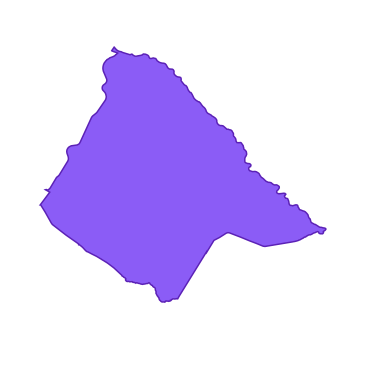 outline of Capital, Tucumán, Argentina, rotated 290°
{"feature_id": "61730980B8317426780894", "entity_name": "Capital", "entity_type": "district", "adm_level": 2, "iso_a3": "ARG", "parent_name": "Argentina", "parent_adm1": "Tucumán", "projection": "orthographic", "projection_center": [-65.196, -26.847], "detail": "fine", "context": "isolated", "style": "filled", "palette": "violet", "viewbox_px": 384, "rotation_deg": 290, "n_neighbors": 0, "source": "geoboundaries", "source_scale": "gbopen_adm2", "svg_char_len": 5937}
<svg xmlns="http://www.w3.org/2000/svg" viewBox="0 0 384 384"><g transform="rotate(290 192 192)"><path d="M301.5,69.3L297.3,68.2L297.2,68.3L297.1,70.0L297.2,73.5L297.1,74.6L296.5,74.2L295.6,74.0L295.0,73.4L293.6,72.8L292.1,71.4L289.9,68.8L288.8,68.2L287.3,66.8L286.7,66.7L285.8,66.2L283.1,65.4L281.1,65.3L279.0,65.6L277.2,66.2L275.3,67.3L268.9,73.2L267.8,73.8L266.4,74.0L265.5,73.9L264.3,73.5L262.1,72.1L260.7,71.7L259.4,71.9L258.2,72.4L257.6,72.9L257.2,73.4L255.9,75.9L255.3,76.7L254.3,77.6L252.4,78.8L250.7,79.2L248.9,79.2L234.2,75.4L233.0,74.8L229.4,72.6L227.9,72.1L200.8,69.9L199.0,69.6L198.3,69.2L197.0,68.1L196.6,67.4L194.2,62.9L193.7,62.3L192.2,61.0L190.9,60.4L189.2,60.1L188.3,60.2L187.3,60.4L185.6,61.3L183.2,63.3L182.1,64.0L181.2,64.4L180.2,64.7L178.6,64.7L162.4,61.4L161.1,60.8L160.4,60.3L159.3,59.7L147.4,57.4L146.3,57.0L145.0,56.2L144.6,55.7L144.4,55.2L144.5,54.2L144.0,53.5L143.2,58.4L128.0,53.8L128.1,54.1L127.6,54.9L122.8,61.0L114.8,70.3L114.0,71.4L113.6,72.2L110.1,83.1L108.4,88.4L104.4,103.3L103.9,103.3L103.6,103.5L103.7,104.0L103.9,104.3L103.1,106.8L102.3,108.7L100.5,112.1L100.0,113.8L100.1,114.7L99.5,118.9L98.9,124.3L96.4,136.6L94.0,144.5L89.8,154.4L89.2,154.9L88.9,156.5L88.5,157.2L88.5,158.0L88.2,158.8L87.9,159.4L87.6,159.6L87.4,159.6L86.9,159.5L86.6,159.6L85.8,160.7L85.7,161.7L86.2,162.7L86.4,163.5L86.3,163.8L86.3,164.2L86.9,165.5L87.1,166.1L87.3,166.4L87.2,167.0L86.9,167.3L86.9,167.5L87.3,168.6L87.2,169.2L87.3,169.8L87.1,170.4L87.6,170.7L87.8,171.1L87.9,171.9L87.8,172.7L88.1,174.1L88.0,175.1L88.3,177.1L88.5,177.5L88.9,177.9L89.4,179.1L90.2,180.2L90.9,181.7L92.0,182.5L92.0,183.3L91.2,184.2L90.6,185.8L90.6,186.8L90.0,187.3L89.7,187.9L89.5,188.5L89.5,189.5L88.7,190.6L87.5,191.0L86.0,192.4L85.5,192.6L84.9,192.6L84.5,192.8L84.0,193.4L83.4,193.9L83.1,194.4L82.6,194.8L82.6,195.2L82.1,195.6L81.2,197.1L80.3,197.6L79.4,198.5L79.0,199.6L78.6,200.2L78.4,201.4L79.1,203.2L79.1,203.8L79.4,204.3L80.1,204.3L80.8,205.0L80.8,205.6L81.4,207.2L81.3,207.5L82.2,208.8L82.4,209.0L82.8,208.8L83.1,209.4L83.4,209.6L83.8,209.5L84.2,209.9L85.1,210.7L85.6,212.6L86.0,213.1L86.2,213.7L86.5,213.9L86.7,215.1L89.3,215.5L140.7,226.1L140.2,226.4L154.1,229.2L158.8,233.5L165.2,238.4L166.1,239.7L166.4,241.2L166.2,253.2L165.8,262.8L165.7,270.1L165.4,277.4L165.8,279.2L179.5,303.5L180.2,304.6L180.6,305.4L181.7,307.0L182.7,308.4L183.3,308.8L183.4,309.1L184.3,310.1L185.1,310.7L186.9,312.4L188.0,313.0L188.5,314.0L188.8,314.3L189.6,314.6L190.2,315.3L191.1,315.9L191.9,316.9L192.1,317.6L192.3,317.9L193.3,319.0L194.9,320.2L195.9,321.6L196.6,322.2L197.7,323.4L197.7,324.5L197.4,324.8L196.9,325.2L196.6,325.8L196.6,326.2L196.7,327.1L197.4,329.0L197.7,329.2L198.7,329.5L199.4,329.0L199.9,329.0L201.4,330.1L202.5,330.5L203.0,330.5L203.4,330.0L203.5,329.1L203.1,327.1L203.1,325.8L202.7,324.6L202.6,323.9L203.7,319.0L203.5,318.2L203.7,317.3L204.1,314.6L204.9,313.7L206.6,312.6L207.2,312.0L207.1,311.8L207.3,311.5L207.8,310.7L208.5,310.0L210.3,308.7L211.2,307.2L212.1,305.3L212.3,304.1L212.3,303.5L212.2,302.8L212.3,300.5L212.3,300.0L212.2,299.7L212.3,299.1L212.5,298.7L213.3,298.1L213.9,297.1L215.5,295.9L215.7,295.6L215.7,294.7L215.2,293.5L213.5,291.3L213.4,290.0L213.1,289.3L213.1,288.7L213.3,288.3L213.8,287.8L213.9,287.4L216.6,285.9L218.4,284.2L218.5,283.2L218.2,282.3L218.7,281.3L219.2,280.6L220.0,280.3L221.0,280.7L221.5,280.8L221.4,280.6L221.7,280.7L222.1,280.6L222.5,279.8L222.2,278.6L220.7,275.7L220.6,275.2L220.3,274.9L220.0,274.0L220.0,273.1L220.2,272.2L220.4,271.9L220.8,271.6L221.8,271.4L222.6,271.6L223.6,272.2L225.7,272.6L226.5,272.3L227.0,272.0L227.1,271.8L227.4,270.8L227.7,269.2L226.8,267.0L227.0,265.3L227.8,263.1L227.6,261.6L227.2,260.4L227.4,257.9L227.8,257.1L228.1,256.2L228.9,254.6L229.1,253.8L229.4,253.0L229.4,252.5L229.8,251.7L230.5,250.8L230.8,250.1L231.5,249.6L232.3,248.6L232.6,247.7L233.0,245.7L232.9,244.2L232.2,242.7L231.8,241.6L231.8,239.8L231.7,239.1L231.9,238.6L232.4,237.9L232.8,237.5L234.0,237.1L234.7,237.2L235.1,237.5L235.4,237.6L235.8,238.3L237.1,238.3L237.8,237.9L238.2,237.1L238.3,236.2L237.8,234.5L237.8,233.1L237.9,232.2L238.2,231.6L239.0,231.1L241.4,230.2L242.9,230.1L244.0,230.4L245.9,230.5L246.6,230.3L247.2,229.9L247.9,229.6L248.6,229.1L249.1,228.3L249.7,227.1L249.9,226.3L250.5,225.8L251.7,225.2L252.0,224.8L252.9,224.4L253.3,223.8L253.8,223.3L254.0,222.9L255.0,221.5L255.1,221.0L255.0,220.4L254.5,219.6L254.0,218.1L253.8,217.3L254.4,216.5L255.1,215.9L256.1,215.4L257.2,214.6L258.3,212.9L258.6,212.1L258.8,211.9L259.7,211.4L260.6,211.2L261.4,210.7L262.0,209.8L263.0,208.8L263.5,207.6L263.5,207.0L263.3,205.8L263.4,204.6L262.9,203.4L264.4,199.7L264.8,198.4L264.5,197.0L264.1,195.8L264.1,194.5L264.7,193.1L265.2,192.3L266.6,191.2L267.4,191.0L268.5,190.2L269.4,188.7L270.0,186.6L270.3,184.7L270.8,183.8L271.4,179.8L271.8,179.0L272.6,177.9L273.7,177.1L274.7,176.0L275.4,174.9L276.2,172.8L277.2,171.2L278.0,170.1L278.5,169.4L279.2,167.7L279.0,167.3L279.0,166.9L279.3,165.8L279.4,164.9L280.0,163.3L280.7,161.9L283.7,158.8L284.9,157.3L285.1,156.8L284.9,156.1L286.2,154.0L287.2,152.9L288.6,151.8L289.4,150.8L289.9,149.9L289.9,149.0L290.2,147.9L292.6,144.0L293.1,143.5L294.2,143.3L295.1,142.8L295.7,142.2L295.7,141.0L295.5,140.4L295.3,138.9L295.3,138.3L295.7,136.8L296.4,135.4L296.9,134.8L297.7,134.3L299.4,133.8L300.0,133.2L300.5,132.5L300.7,131.7L300.2,129.7L299.9,129.1L299.9,128.6L300.1,127.8L300.6,126.4L301.1,126.1L301.8,125.2L302.5,124.5L303.3,123.1L303.4,122.0L303.3,121.2L302.9,120.0L302.7,117.9L302.8,116.5L303.5,114.1L304.0,113.7L305.0,112.3L304.7,109.7L303.6,108.2L303.2,107.0L303.3,106.5L303.7,105.8L304.8,104.9L305.3,104.0L305.5,103.1L305.6,101.3L305.2,99.7L305.0,99.0L304.1,98.6L303.1,97.5L302.0,95.6L301.2,94.2L300.6,93.3L300.2,92.2L300.2,91.2L300.4,90.2L300.6,89.4L300.9,88.9L301.0,88.4L300.8,88.0L299.8,86.8L299.4,79.2L299.6,77.3L299.4,76.6L299.3,75.3L299.4,73.9L300.0,72.0L300.7,70.9L301.0,70.0L301.3,69.8L301.5,69.3Z" fill="#8b5cf6" stroke="#5b21b6" stroke-width="1.5"/></g></svg>